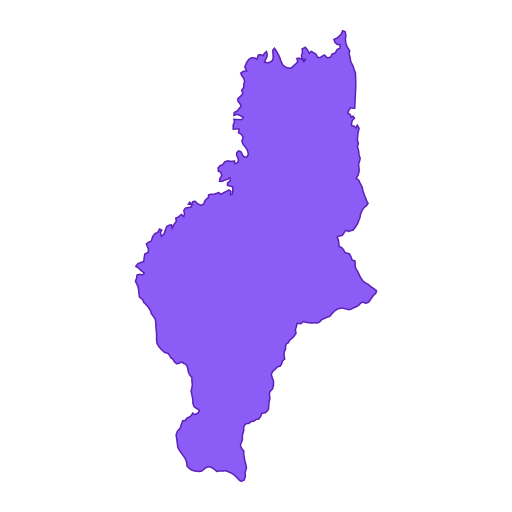 outline of Rio Negrinho, Santa Catarina, Brazil
{"feature_id": "56859067B35225019314359", "entity_name": "Rio Negrinho", "entity_type": "district", "adm_level": 2, "iso_a3": "BRA", "parent_name": "Brazil", "parent_adm1": "Santa Catarina", "projection": "robinson", "projection_center": [-49.598, -26.45], "detail": "fine", "context": "isolated", "style": "filled", "palette": "violet", "viewbox_px": 512, "rotation_deg": 0, "n_neighbors": 0, "source": "geoboundaries", "source_scale": "gbopen_adm2", "svg_char_len": 5764}
<svg xmlns="http://www.w3.org/2000/svg" viewBox="0 0 512 512"><path d="M302.4,59.4L299.1,58.1L296.8,58.5L297.7,60.9L296.7,63.1L294.3,65.1L291.0,68.2L287.3,67.8L284.9,66.8L282.6,64.7L280.9,61.0L279.7,57.3L278.2,54.3L276.5,51.2L274.4,48.2L272.8,50.2L273.0,54.0L273.2,58.2L272.2,60.7L269.7,62.3L267.5,62.8L264.6,62.2L265.6,59.5L266.8,57.3L267.2,54.0L266.5,51.6L264.3,53.4L263.1,55.6L260.7,54.7L258.3,55.0L256.9,59.3L255.0,58.0L251.7,57.7L248.8,59.4L246.6,62.5L244.8,67.1L246.7,70.9L243.1,71.4L240.7,73.2L241.8,75.6L243.8,78.6L244.7,81.5L243.8,84.0L243.7,87.5L241.6,90.3L243.0,93.5L240.6,96.2L237.8,98.7L238.0,101.3L239.9,103.7L241.2,106.1L239.4,108.2L237.4,110.8L234.2,112.5L233.9,115.4L236.9,114.4L239.4,115.2L243.3,117.2L241.8,119.6L237.4,119.6L233.9,119.3L234.5,122.0L233.2,124.9L233.2,129.2L236.5,128.9L239.2,129.1L238.5,132.7L241.2,134.3L243.3,137.4L241.8,141.0L243.2,144.6L245.2,146.8L247.3,150.0L248.4,154.3L246.6,157.3L243.7,156.7L242.1,154.1L241.0,151.8L238.7,150.8L236.8,152.6L236.6,155.2L238.1,158.3L238.5,161.1L236.7,163.2L234.5,163.5L234.5,161.0L231.1,161.4L227.6,160.8L224.6,161.9L222.7,164.7L220.2,165.6L218.2,167.7L218.3,171.2L220.5,172.0L221.8,175.6L220.0,178.2L219.5,181.3L221.9,181.4L224.3,180.3L227.7,179.2L229.8,177.8L230.4,180.6L227.6,182.8L227.4,185.4L230.3,186.1L232.8,187.1L232.8,190.1L232.6,193.7L230.5,194.7L230.9,191.4L229.0,189.9L226.1,191.5L223.3,192.9L220.8,194.4L218.8,192.5L215.3,193.8L213.1,194.4L211.0,194.2L208.6,194.8L208.2,197.8L206.1,199.3L204.5,201.5L203.8,204.0L200.9,205.3L197.6,203.7L195.0,201.2L192.8,201.7L191.8,204.5L191.1,207.2L188.4,207.5L185.4,208.1L183.8,210.3L184.5,214.0L183.7,216.7L181.4,214.4L178.4,217.0L175.7,218.2L176.4,221.3L174.1,224.2L172.2,228.2L171.4,224.7L168.8,225.4L166.8,226.4L165.3,230.2L164.0,234.0L161.5,236.3L160.4,232.5L161.8,230.2L159.5,229.0L157.9,232.2L154.7,233.8L152.7,236.5L151.3,241.1L148.4,242.3L146.4,243.9L147.4,246.8L148.5,249.1L148.1,252.3L144.8,254.0L144.2,257.6L143.7,261.5L141.2,262.3L138.0,263.6L135.8,266.3L138.7,268.2L141.3,270.8L144.3,273.0L142.5,275.0L139.7,274.3L137.0,275.0L136.6,278.1L135.4,281.3L136.6,283.5L138.1,287.0L138.6,289.9L138.9,292.8L139.4,297.0L142.6,299.6L143.9,302.6L145.9,304.5L148.2,307.0L150.6,310.9L151.3,313.6L153.2,316.1L155.2,319.0L155.7,321.9L155.8,324.8L156.0,328.4L156.5,332.8L156.6,336.4L156.5,339.3L157.1,343.7L159.1,346.9L161.5,349.6L164.6,352.5L167.8,353.3L169.7,355.5L170.7,357.8L172.9,359.2L174.5,362.0L176.9,363.8L179.1,363.3L181.7,361.9L183.5,363.4L186.0,364.4L187.5,367.4L188.3,371.7L189.7,375.0L191.8,377.4L191.9,380.5L192.3,384.9L191.8,388.3L191.1,390.8L191.6,393.6L192.2,396.5L192.8,399.4L192.9,403.4L194.0,406.6L196.2,408.2L199.4,410.2L198.3,412.8L194.8,414.6L192.7,413.1L191.5,415.3L189.5,417.0L187.1,417.9L185.3,420.5L182.7,420.7L181.5,424.0L180.1,428.3L177.5,431.1L176.1,434.8L176.9,440.1L177.4,444.3L177.9,447.6L179.5,450.5L181.0,452.6L182.9,455.3L185.0,458.2L186.6,462.0L187.1,466.3L189.5,468.6L191.6,470.0L194.0,470.9L196.2,471.2L198.5,471.5L201.4,471.2L203.3,469.8L205.5,467.9L208.1,466.8L210.7,467.1L212.9,468.3L214.8,469.6L216.8,471.5L219.6,470.9L222.4,471.1L225.7,470.7L228.5,471.9L231.4,473.1L234.0,474.8L236.7,477.3L239.1,480.1L241.2,481.3L244.0,480.2L245.4,476.5L245.1,472.3L246.5,468.0L245.7,463.9L244.7,460.2L244.3,457.5L243.7,454.3L243.8,451.1L241.8,448.5L240.4,445.7L241.0,443.2L242.4,440.0L242.4,435.3L243.7,430.7L243.8,426.5L245.7,423.8L248.9,423.4L251.2,421.5L253.8,421.2L256.4,419.2L258.7,419.2L260.5,416.6L261.9,413.3L265.5,412.7L268.4,409.6L268.8,405.5L269.1,401.6L270.0,398.4L269.4,394.9L269.8,391.8L272.5,388.9L273.5,384.9L273.5,381.0L272.3,377.7L271.3,374.7L272.4,371.8L275.4,369.0L277.7,366.7L280.2,366.2L281.7,363.8L282.5,360.8L284.7,359.1L284.1,355.6L284.1,352.1L285.6,349.0L285.5,346.1L286.4,343.8L288.4,342.7L289.5,340.4L291.4,338.8L293.7,336.7L296.0,333.4L295.4,329.5L296.6,326.0L296.9,323.4L300.7,323.7L303.4,321.6L307.4,322.6L311.6,323.0L314.7,322.8L317.2,323.0L319.4,322.1L321.7,319.7L324.7,318.2L327.1,317.3L329.7,316.4L332.1,313.6L334.3,311.2L337.4,309.1L340.4,308.2L343.1,308.2L346.5,309.1L349.2,309.7L351.4,309.0L353.5,307.9L355.8,307.0L358.3,305.6L360.6,303.2L362.7,302.1L365.9,303.3L368.6,302.2L370.2,300.0L372.0,297.4L373.8,295.0L375.7,293.3L376.6,290.9L374.1,288.8L371.2,286.9L368.4,284.5L365.6,283.0L363.1,281.2L360.4,277.3L358.9,274.0L357.5,271.1L356.0,269.0L355.2,266.3L355.2,263.4L354.9,260.8L352.2,260.1L351.0,256.9L349.5,253.9L346.9,253.1L344.8,252.4L343.6,249.8L341.7,247.6L339.1,246.5L338.9,243.9L338.4,240.1L337.1,237.2L339.3,235.9L342.3,235.5L344.3,232.4L346.0,230.2L348.5,231.5L350.7,230.7L353.0,230.2L355.4,227.2L357.7,223.5L358.9,220.2L360.0,217.4L360.5,214.3L362.0,210.5L364.3,207.3L366.7,205.5L368.1,203.4L366.8,201.2L366.0,198.8L364.8,196.3L364.0,193.8L362.9,190.9L362.4,187.8L361.3,185.4L359.9,182.8L358.8,180.2L356.2,178.5L358.2,175.0L359.2,170.7L358.9,167.4L358.6,164.2L359.5,161.3L360.2,158.4L359.0,154.8L358.6,150.7L357.4,146.5L358.4,143.4L357.4,140.4L357.6,137.0L358.1,132.6L359.1,128.3L357.3,125.2L355.9,128.0L354.3,126.2L351.5,125.6L351.7,122.4L352.6,120.0L354.5,118.2L353.0,116.2L350.9,117.2L350.4,114.7L347.8,113.1L348.7,110.5L350.7,107.8L354.7,108.3L355.8,85.9L355.6,76.1L355.4,72.7L354.2,69.7L352.9,65.7L350.8,61.8L350.0,57.1L349.1,53.8L349.7,50.8L347.3,47.0L345.9,43.4L345.4,39.1L345.9,35.5L345.3,31.9L342.7,30.7L341.3,34.0L339.1,36.3L337.0,38.1L333.9,39.4L334.9,42.3L337.2,44.5L340.1,44.6L340.0,48.0L337.0,49.6L335.3,53.0L332.3,53.9L330.4,57.3L327.2,57.8L324.6,55.0L322.2,56.1L320.3,57.5L317.9,57.6L315.9,54.1L313.8,52.8L311.1,51.3L309.2,53.4L307.7,50.2L305.3,47.3L302.1,48.9L302.5,52.7L301.4,55.6L302.4,59.4ZM302.4,59.4L305.5,59.5L303.9,61.7L302.4,59.4ZM191.8,204.5L189.8,202.2L188.4,204.1L191.8,204.5Z" fill="#8b5cf6" stroke="#5b21b6" stroke-width="1.5"/></svg>